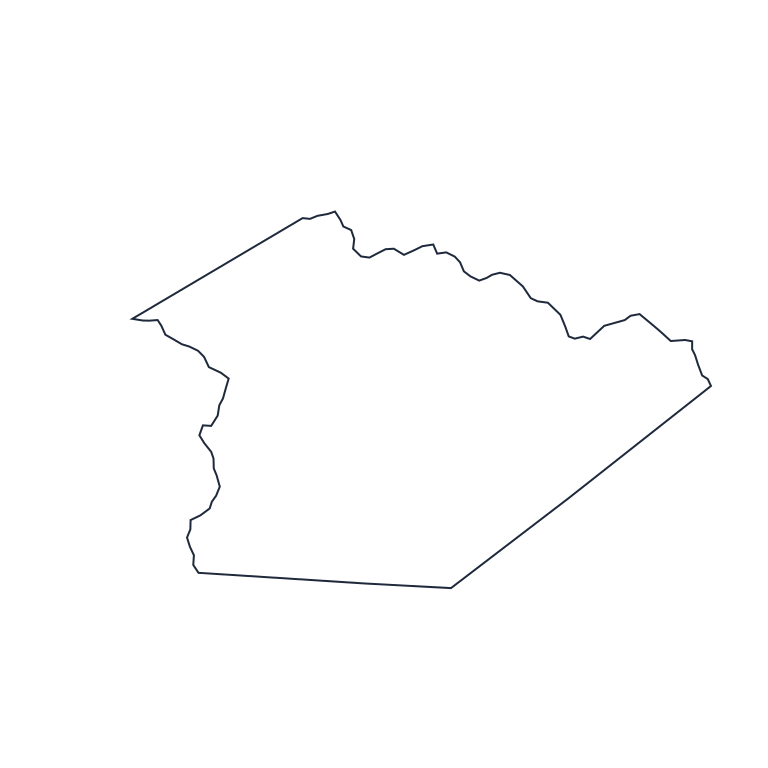 Lima Campos, Maranhão, Brazil (orthographic projection), rotated 140°
{"feature_id": "56859067B66044232988934", "entity_name": "Lima Campos", "entity_type": "district", "adm_level": 2, "iso_a3": "BRA", "parent_name": "Brazil", "parent_adm1": "Maranhão", "projection": "orthographic", "projection_center": [-44.474, -4.57], "detail": "fine", "context": "isolated", "style": "outline", "palette": "slate", "viewbox_px": 768, "rotation_deg": 140, "n_neighbors": 0, "source": "geoboundaries", "source_scale": "gbopen_adm2", "svg_char_len": 1342}
<svg xmlns="http://www.w3.org/2000/svg" viewBox="0 0 768 768"><g transform="rotate(140 384 384)"><path d="M647.5,358.6L526.9,243.5L463.9,184.6L316.7,177.9L134.8,172.3L132.8,179.7L134.8,186.0L131.0,196.9L127.2,206.1L125.6,212.6L120.5,218.6L125.1,224.2L136.7,232.6L138.1,243.2L139.2,250.5L140.5,258.0L143.3,273.3L151.3,277.8L158.4,278.2L177.9,287.0L197.2,286.0L201.0,292.3L208.7,296.1L211.9,301.7L208.3,311.3L204.4,323.5L206.2,340.9L213.3,348.7L216.4,355.4L214.9,369.4L217.5,386.6L223.7,394.7L231.0,398.2L237.3,399.3L244.6,402.0L248.6,410.9L250.4,419.0L247.5,428.3L247.9,436.1L251.7,444.8L259.5,449.7L256.6,459.2L266.0,464.9L274.3,466.9L285.7,470.1L289.5,481.3L296.1,486.2L305.1,488.3L313.9,490.2L319.6,496.5L320.7,507.5L313.6,514.2L310.2,523.0L313.9,530.8L311.9,537.7L310.7,547.6L317.8,550.4L326.9,555.6L334.6,558.1L339.7,563.4L534.9,595.7L527.9,587.6L523.1,583.4L516.3,578.5L517.1,571.8L519.8,562.3L516.7,554.0L513.3,544.4L509.1,537.9L505.1,529.0L504.4,520.5L507.3,509.5L501.7,497.4L499.5,488.0L506.9,483.1L516.7,476.4L523.8,473.6L531.7,466.7L543.3,463.0L549.3,468.7L558.4,463.4L559.7,454.2L560.0,443.0L562.5,436.5L568.7,428.7L570.9,421.7L575.8,410.9L584.5,406.3L591.5,404.5L597.5,400.7L609.1,401.4L619.6,404.1L625.8,397.1L633.6,393.0L637.3,384.1L639.7,375.0L646.4,368.0L647.5,358.6Z" fill="none" stroke="#1e293b" stroke-width="2"/></g></svg>